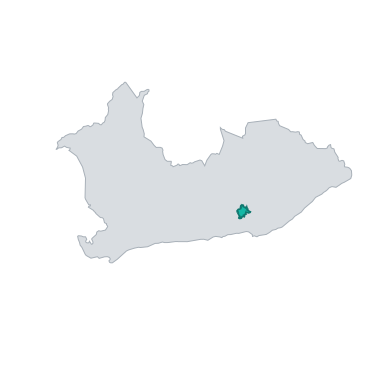 location of Huancavelica, Huancavelica, Peru, rotated 291°
{"feature_id": "86281439B45357472529308", "entity_name": "Huancavelica", "entity_type": "district", "adm_level": 2, "iso_a3": "PER", "parent_name": "Peru", "parent_adm1": "Huancavelica", "projection": "orthographic", "projection_center": [-75.048, -12.773], "detail": "fine", "context": "in_parent", "style": "filled", "palette": "teal", "viewbox_px": 384, "rotation_deg": 291, "n_neighbors": 0, "source": "geoboundaries", "source_scale": "gbopen_adm2", "svg_char_len": 7010}
<svg xmlns="http://www.w3.org/2000/svg" viewBox="0 0 384 384"><g transform="rotate(291 192 192)"><path d="M272.1,114.2L272.0,115.2L270.7,115.7L269.5,115.0L267.8,115.2L265.2,112.8L259.0,113.0L256.3,115.7L252.2,116.3L247.7,117.5L242.6,117.9L234.7,122.2L232.8,124.0L229.2,126.6L226.3,127.4L224.8,135.4L221.9,140.0L220.8,142.6L222.3,146.4L222.3,148.3L220.7,149.9L219.4,150.0L216.6,151.6L212.6,155.2L211.8,157.9L213.2,161.5L212.7,161.9L209.3,162.6L209.4,164.6L208.8,165.3L211.5,168.2L213.1,168.9L213.2,169.6L212.9,170.3L212.3,170.7L212.3,171.3L214.3,173.4L215.8,177.7L218.7,179.8L218.7,181.2L219.6,182.6L221.1,183.6L224.7,188.0L224.7,189.9L221.0,194.5L227.1,194.5L233.8,196.2L234.8,196.9L235.6,199.0L235.6,200.3L237.0,201.4L236.8,203.9L245.7,204.1L251.4,203.5L260.8,196.0L262.3,195.4L261.5,197.1L261.4,198.3L261.8,199.6L260.7,201.5L260.4,220.1L262.1,219.1L264.2,220.9L265.8,221.0L270.9,219.0L276.8,219.5L290.0,244.2L288.7,245.8L288.8,247.1L287.1,248.1L285.3,250.0L285.0,259.7L283.6,262.6L284.3,264.2L285.0,267.2L286.2,269.1L286.5,270.3L286.3,270.8L284.4,271.8L284.2,273.5L280.8,276.9L280.1,279.2L278.8,280.0L278.5,282.6L281.5,287.0L279.4,289.5L277.5,293.3L280.4,301.3L281.6,302.5L282.9,302.4L284.9,303.2L285.9,304.4L283.4,305.8L283.0,306.5L283.1,309.1L280.4,311.0L276.7,316.0L275.7,316.2L273.8,317.7L273.5,318.4L273.8,319.1L275.3,320.7L275.4,322.5L272.7,324.7L270.9,324.9L270.2,325.5L270.9,328.6L270.8,330.0L270.2,331.6L268.9,333.3L265.0,335.1L261.5,335.4L255.7,330.7L253.8,328.8L248.0,324.8L247.2,320.7L245.2,318.6L241.6,317.1L238.8,315.0L236.6,314.0L231.3,309.3L226.4,307.8L217.3,302.8L212.4,301.2L206.1,296.6L202.7,295.4L199.9,293.3L191.6,288.7L190.3,287.3L189.0,285.1L187.1,283.7L185.1,280.7L182.0,278.9L179.0,276.5L175.3,270.1L173.5,268.7L173.4,265.8L172.2,264.4L173.9,263.5L175.1,259.0L174.5,256.7L170.2,250.6L169.3,248.1L166.2,243.5L165.0,240.7L162.5,238.6L161.5,236.9L160.1,236.2L160.0,234.0L159.0,229.9L157.6,227.9L152.6,224.1L152.1,219.9L150.9,217.0L143.9,205.3L139.7,194.1L136.3,187.9L134.9,184.3L134.7,182.3L132.1,179.0L130.8,176.0L125.0,170.2L121.7,163.8L121.2,161.8L118.9,158.3L115.3,153.7L113.4,151.9L102.5,146.4L97.3,143.0L96.7,141.2L96.9,140.1L98.0,139.1L99.6,139.8L100.5,139.5L101.3,138.2L101.3,136.3L100.3,133.8L96.8,129.1L97.7,126.9L94.0,121.4L94.8,116.0L95.6,114.6L100.9,109.0L102.3,106.6L104.6,105.1L106.9,102.9L109.7,101.1L110.5,101.7L111.3,104.6L111.2,106.5L112.0,108.7L110.1,110.7L108.0,110.3L107.2,110.8L106.9,111.8L107.2,113.2L107.8,113.9L109.3,113.9L107.2,116.8L107.4,117.4L108.9,117.9L110.3,117.1L111.8,115.4L112.7,115.2L118.0,117.9L120.5,117.5L122.4,118.8L122.7,120.8L125.4,124.8L129.4,125.7L130.0,125.3L130.9,123.8L131.8,123.6L132.0,121.3L135.4,118.9L135.9,117.3L135.4,116.2L135.5,115.2L137.5,109.9L138.2,109.4L138.7,107.7L139.5,106.7L140.7,100.7L141.7,100.8L142.6,102.1L143.6,101.8L143.1,100.5L143.2,100.0L147.1,95.2L148.3,94.2L166.8,87.6L176.1,80.9L184.2,71.5L186.8,62.2L187.7,62.8L189.3,62.6L188.7,58.8L189.1,57.0L189.1,56.5L186.5,54.3L185.5,51.8L183.3,50.4L183.3,49.9L185.7,50.4L187.8,50.2L189.7,48.6L191.0,48.8L194.1,50.9L196.3,51.1L197.0,52.6L199.2,53.7L202.4,56.9L203.8,60.4L203.7,61.1L205.0,62.9L208.1,63.8L211.1,66.4L214.2,67.2L215.6,69.6L216.4,70.4L216.9,71.7L216.4,73.3L216.8,74.1L219.1,75.5L221.1,75.6L221.5,76.3L222.6,80.1L221.9,82.1L222.2,83.2L224.8,84.2L225.5,85.0L227.6,85.2L230.5,84.4L234.1,85.6L236.9,85.2L238.2,84.9L239.5,84.1L240.6,84.1L243.4,81.7L244.2,81.5L247.2,82.6L249.8,84.3L252.9,84.1L254.2,83.0L256.5,82.5L260.6,84.6L261.5,85.6L262.7,85.9L267.1,88.0L267.8,88.9L270.2,89.7L270.6,90.4L270.5,91.1L260.1,106.9L263.3,108.3L266.3,107.6L267.8,108.7L268.9,111.3L271.3,113.1L272.1,114.2Z" fill="#d9dde1" stroke="#a8b0b8" stroke-width="1"/><path d="M198.0,244.4L197.9,244.4L197.9,244.2L198.0,244.1L197.9,244.0L197.7,244.0L197.6,243.9L197.7,243.7L197.8,243.7L197.9,243.3L197.7,243.3L197.7,243.2L197.5,242.9L197.4,242.9L197.5,242.8L197.4,242.7L197.2,242.7L196.8,242.6L196.6,242.4L196.4,242.4L196.0,242.6L195.9,242.6L196.0,242.7L195.9,242.8L195.7,242.9L195.6,243.1L195.4,243.1L195.3,243.3L195.1,243.4L195.0,243.5L194.9,243.4L195.0,243.2L194.9,243.2L194.8,243.3L194.6,243.3L194.3,243.5L194.0,243.5L194.0,243.4L194.0,243.2L193.9,243.1L193.7,243.2L193.4,243.0L193.2,242.9L193.0,242.7L193.0,242.4L192.8,242.2L192.8,241.9L192.6,241.8L192.6,241.7L192.4,241.4L192.2,241.4L191.8,241.2L191.6,241.0L191.1,241.0L190.9,241.3L190.6,241.2L190.4,240.8L190.2,240.9L190.0,241.1L189.8,241.2L189.9,241.3L189.9,241.6L189.7,241.9L189.7,242.0L189.8,242.1L189.9,242.3L189.7,242.5L189.4,242.4L189.1,242.4L188.9,242.4L188.9,242.5L188.7,242.6L188.4,242.6L188.2,242.7L188.2,242.9L188.3,243.0L188.1,243.2L188.1,243.3L187.8,243.5L187.6,243.6L187.5,243.8L187.4,243.9L187.2,244.1L186.9,244.3L186.9,244.5L186.9,244.8L186.8,245.0L186.7,244.9L186.6,245.0L186.6,244.9L186.4,244.8L186.2,244.9L186.1,245.0L186.2,245.3L186.2,245.5L186.0,245.8L185.8,245.7L185.7,245.6L185.7,245.4L185.5,245.2L185.3,245.1L185.2,244.9L184.9,244.9L184.7,244.9L184.6,245.0L184.4,245.0L184.3,245.3L184.3,245.5L184.5,245.5L184.7,245.8L184.7,246.0L184.4,246.3L184.5,246.5L184.7,246.8L184.8,246.8L185.1,247.1L185.3,247.3L185.3,247.5L185.6,247.5L185.8,247.6L185.9,247.3L186.0,247.3L186.4,247.3L186.5,247.5L186.8,247.6L187.1,247.6L187.2,247.8L187.3,247.9L187.4,248.0L187.5,248.1L187.3,248.2L187.3,248.3L187.4,248.5L187.5,248.7L187.7,248.8L187.8,248.9L187.6,249.1L187.7,249.3L187.8,249.4L187.9,249.5L187.7,249.7L188.0,249.8L188.1,249.7L188.3,249.4L188.5,249.3L188.7,249.5L188.8,249.5L189.0,249.3L189.0,249.2L189.3,249.0L189.3,248.9L189.4,249.0L189.5,249.0L189.9,249.4L189.9,249.5L190.0,249.6L190.1,249.8L190.2,250.0L190.4,250.0L190.5,250.1L190.8,250.5L190.9,250.4L190.9,250.2L191.1,250.0L191.2,249.9L191.3,249.7L191.4,249.8L191.6,249.7L191.8,249.7L192.0,249.6L192.3,249.5L192.5,249.5L192.4,249.6L192.5,249.8L192.6,250.0L192.6,250.3L192.6,250.6L192.7,250.8L192.7,251.1L192.6,251.3L192.6,251.5L192.7,251.8L192.7,252.0L192.7,252.5L192.9,252.6L193.1,252.7L193.2,252.8L193.3,253.0L193.4,253.3L193.5,253.4L193.7,253.5L193.8,253.6L194.0,253.7L194.4,253.7L194.5,253.7L194.5,253.4L194.5,253.2L194.5,252.9L194.4,252.7L194.5,252.6L194.4,252.5L194.4,252.4L194.5,252.3L194.6,252.0L194.6,251.9L194.6,251.7L194.6,251.4L194.7,251.2L194.8,251.2L195.0,251.0L195.0,250.9L195.3,250.6L195.5,250.6L195.7,250.4L195.3,250.3L195.1,250.4L194.9,250.3L194.9,250.0L194.9,249.8L194.9,249.7L195.0,249.6L195.3,249.6L195.5,249.6L195.7,249.8L195.8,249.9L196.0,249.9L195.9,249.7L196.0,249.6L196.2,249.4L196.3,249.2L196.5,248.9L196.8,248.7L196.9,248.8L197.0,248.8L197.3,248.9L197.4,248.7L197.5,248.6L197.8,248.4L197.6,248.4L197.4,248.3L197.3,248.2L197.2,248.1L197.0,247.8L197.0,247.7L196.7,247.8L196.5,247.7L196.3,247.6L196.5,247.4L196.4,247.2L196.5,247.1L196.6,246.8L196.6,246.5L196.7,246.4L196.7,246.2L196.7,245.9L196.8,245.7L196.7,245.7L196.6,245.3L196.6,245.2L196.7,244.9L196.8,244.9L197.0,244.8L197.2,245.0L197.4,244.9L197.4,245.0L197.5,245.0L197.7,244.9L198.0,244.8L198.0,244.6L198.0,244.4L198.0,244.4Z" fill="#14b8a6" stroke="#0f766e" stroke-width="1.5"/></g></svg>